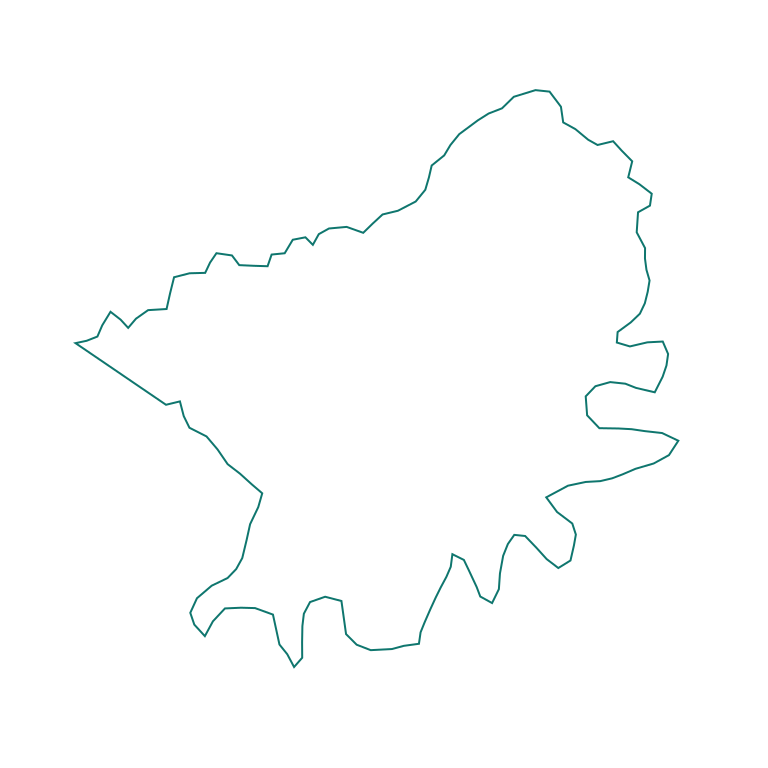 Palmitinho, Rio Grande do Sul, Brazil (Albers equal-area conic projection), rotated 260°
{"feature_id": "56859067B63101725720480", "entity_name": "Palmitinho", "entity_type": "district", "adm_level": 2, "iso_a3": "BRA", "parent_name": "Brazil", "parent_adm1": "Rio Grande do Sul", "projection": "albers", "projection_center": [-53.596, -27.32], "detail": "fine", "context": "isolated", "style": "outline", "palette": "teal", "viewbox_px": 768, "rotation_deg": 260, "n_neighbors": 0, "source": "geoboundaries", "source_scale": "gbopen_adm2", "svg_char_len": 2180}
<svg xmlns="http://www.w3.org/2000/svg" viewBox="0 0 768 768"><g transform="rotate(260 384 384)"><path d="M513.5,676.9L524.9,680.7L536.4,670.2L545.1,660.4L560.2,667.1L572.7,658.5L583.3,651.8L582.3,635.8L589.1,627.5L601.8,616.7L610.5,605.9L626.3,606.4L643.2,597.8L647.1,584.2L644.3,561.7L635.0,548.1L632.2,534.0L627.4,522.3L617.0,501.5L607.8,490.9L598.7,483.0L590.9,468.9L579.6,464.1L568.1,458.4L558.2,446.9L552.2,427.8L551.2,412.0L544.0,400.8L536.5,389.8L545.2,374.5L546.7,356.8L542.9,345.8L533.4,338.1L542.1,332.1L541.9,319.2L530.0,308.9L531.0,295.8L520.2,289.8L523.0,276.4L526.2,262.1L537.0,256.6L541.9,241.7L533.8,233.8L524.5,227.2L526.8,211.8L525.6,195.8L510.5,189.1L495.6,182.9L497.7,164.5L491.4,151.1L483.7,141.8L493.1,135.8L502.6,127.2L490.7,116.7L480.5,110.0L478.2,98.7L477.8,87.3L401.4,165.7L402.3,180.0L387.2,181.2L374.7,184.8L363.2,200.1L348.5,208.7L332.2,216.1L320.7,226.6L308.1,236.4L297.5,245.1L284.6,238.8L269.2,227.8L254.2,221.6L237.2,214.2L227.4,206.3L220.1,196.3L215.3,179.3L205.5,162.6L192.3,153.5L180.0,155.4L166.8,163.8L180.0,174.3L190.6,188.4L188.5,204.4L185.7,218.1L176.2,234.6L145.6,235.8L134.7,241.8L120.9,246.3L128.6,255.9L143.9,258.5L159.8,261.6L171.7,265.2L182.1,273.3L184.7,289.1L177.7,304.4L163.7,303.9L144.3,303.2L132.0,311.8L124.2,324.7L121.6,345.8L122.7,358.0L122.1,373.3L133.1,376.9L142.2,382.6L154.1,390.5L164.8,397.9L173.9,404.6L183.3,412.0L192.4,418.0L204.5,421.8L196.9,432.1L185.8,435.2L168.0,440.0L158.0,441.9L149.5,452.4L162.0,461.5L177.3,465.3L194.1,471.5L204.9,478.2L212.8,486.1L209.8,496.6L196.2,505.7L183.3,513.8L172.5,523.7L177.8,537.0L192.0,543.0L202.4,546.8L213.9,545.2L227.9,532.2L244.2,524.1L251.9,547.5L252.5,565.7L250.8,580.1L251.5,592.3L253.6,603.3L256.8,616.9L258.9,635.8L264.5,652.3L277.0,664.0L287.4,649.4L292.3,632.7L296.5,620.0L299.5,607.1L303.1,588.4L317.9,578.6L336.8,580.5L345.1,591.8L346.6,607.1L342.4,621.7L336.4,631.5L328.8,649.2L342.8,659.7L353.2,665.4L364.2,669.0L377.4,665.9L379.3,650.6L378.3,632.7L384.4,620.5L394.6,623.1L401.8,637.7L408.8,648.2L418.2,654.9L429.0,659.7L439.8,663.5L450.9,662.3L462.3,662.8L472.5,664.7L489.5,659.2L509.0,664.0L513.5,676.9Z" fill="none" stroke="#0f766e" stroke-width="2"/></g></svg>